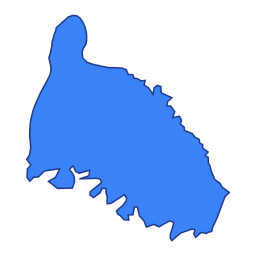 Tiradentes do Sul, Rio Grande do Sul, Brazil (Albers equal-area conic projection)
{"feature_id": "56859067B95685031401719", "entity_name": "Tiradentes do Sul", "entity_type": "district", "adm_level": 2, "iso_a3": "BRA", "parent_name": "Brazil", "parent_adm1": "Rio Grande do Sul", "projection": "albers", "projection_center": [-54.122, -27.357], "detail": "fine", "context": "isolated", "style": "filled", "palette": "blue", "viewbox_px": 256, "rotation_deg": 0, "n_neighbors": 0, "source": "geoboundaries", "source_scale": "gbopen_adm2", "svg_char_len": 2011}
<svg xmlns="http://www.w3.org/2000/svg" viewBox="0 0 256 256"><path d="M201.2,232.4L206.3,233.4L208.8,232.1L211.7,231.4L212.7,227.1L214.7,223.0L217.3,217.2L224.9,196.8L229.3,192.5L221.9,186.9L220.1,183.5L214.7,179.4L213.2,175.6L211.4,171.8L210.1,166.3L208.3,162.8L208.2,157.4L205.1,155.6L208.1,152.0L202.7,148.2L202.6,144.4L199.9,143.4L199.1,139.4L194.9,137.2L192.5,133.8L184.4,130.4L184.3,127.3L180.4,124.1L181.5,120.3L179.4,116.2L172.7,117.7L174.8,111.6L170.6,106.1L166.9,105.9L167.7,101.6L171.8,97.7L161.2,92.9L160.8,86.5L157.3,85.4L154.0,87.9L153.1,94.4L148.8,88.2L144.1,85.0L145.2,80.4L141.1,80.9L137.4,78.7L133.8,78.0L132.9,74.8L128.2,74.4L126.2,69.6L121.9,68.1L114.9,67.7L111.5,67.7L108.6,67.6L101.5,66.2L98.0,65.4L93.3,64.5L86.8,62.2L82.8,58.1L82.1,52.4L83.2,48.6L85.9,44.2L86.6,40.4L86.6,35.9L86.3,32.2L85.1,27.3L82.6,21.7L80.1,18.1L77.0,15.9L72.9,15.4L68.4,16.8L65.0,20.0L62.0,22.6L59.4,25.0L56.3,27.7L55.6,31.1L54.0,35.0L52.2,42.1L51.5,47.6L50.3,53.2L48.9,57.7L49.7,61.5L50.9,66.9L50.9,71.1L49.8,75.3L47.5,79.9L44.5,85.4L41.0,91.9L38.8,96.5L37.0,100.5L35.0,105.3L33.3,109.7L31.7,115.9L30.4,122.0L29.8,130.4L29.7,137.4L30.4,142.2L30.7,148.2L29.4,155.2L26.7,159.4L30.9,165.1L27.4,168.8L27.0,177.4L29.9,181.2L33.5,177.3L38.2,177.0L44.4,171.0L59.7,168.7L55.6,177.3L48.5,181.4L57.5,188.4L72.4,188.1L74.6,181.4L74.2,176.7L72.4,173.3L69.4,169.2L73.0,166.0L75.7,171.3L78.9,173.3L89.7,170.1L88.9,175.9L79.4,178.9L96.7,178.3L100.5,179.3L101.4,182.7L90.3,191.7L90.0,195.0L93.5,197.6L100.0,192.9L102.0,188.4L105.8,188.4L106.0,192.9L107.3,196.8L107.0,200.7L107.2,203.8L111.1,203.3L124.3,194.7L126.6,198.0L126.1,201.1L123.2,205.0L116.6,210.8L117.7,214.1L120.3,215.6L124.0,219.7L128.8,220.0L128.2,215.0L133.0,214.8L134.4,206.9L137.4,207.2L139.5,216.0L144.0,220.9L146.4,227.1L153.8,224.3L159.1,226.9L163.1,224.4L169.8,220.9L173.7,222.3L173.1,225.6L170.5,233.8L170.2,238.2L172.0,240.6L180.5,233.0L192.3,229.0L195.0,229.8L193.9,233.9L195.6,237.4L201.2,232.4Z" fill="#3b82f6" stroke="#1e3a8a" stroke-width="1.5"/></svg>